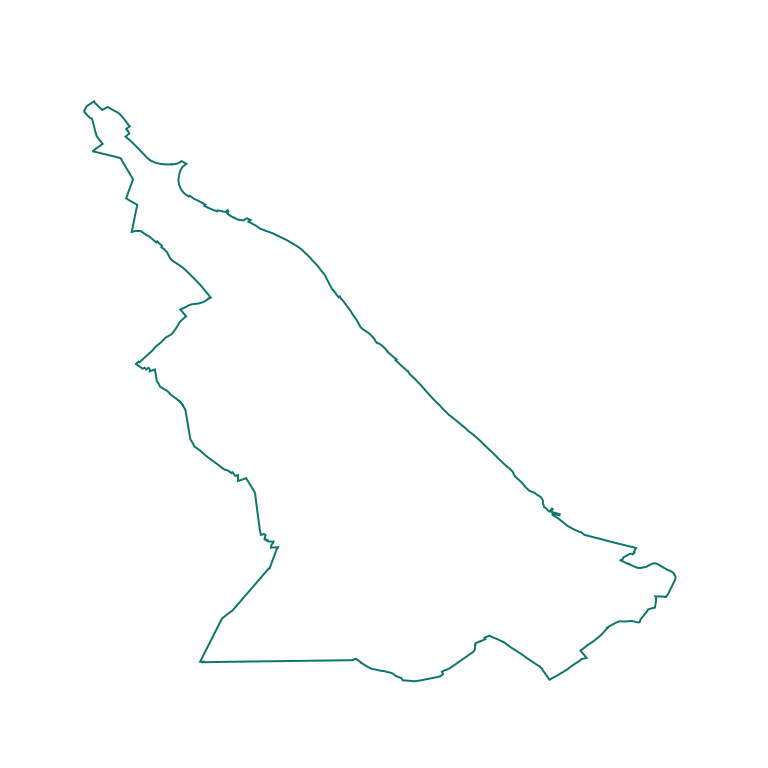 Heerlen, Limburg, Netherlands (Natural Earth projection), rotated 174°
{"feature_id": "6326949B1825961321722", "entity_name": "Heerlen", "entity_type": "district", "adm_level": 2, "iso_a3": "NLD", "parent_name": "Netherlands", "parent_adm1": "Limburg", "projection": "natural_earth1", "projection_center": [5.963, 50.878], "detail": "fine", "context": "isolated", "style": "outline", "palette": "teal", "viewbox_px": 768, "rotation_deg": 174, "n_neighbors": 0, "source": "geoboundaries", "source_scale": "gbopen_adm2", "svg_char_len": 6065}
<svg xmlns="http://www.w3.org/2000/svg" viewBox="0 0 768 768"><g transform="rotate(174 384 384)"><path d="M593.1,126.2L563.6,123.6L444.0,112.6L440.8,113.8L436.2,109.8L436.4,109.3L434.5,108.1L429.9,104.4L426.9,102.5L425.5,101.8L420.5,100.4L417.5,99.2L414.0,98.5L409.6,96.8L406.6,95.8L404.3,93.9L403.2,92.7L402.5,92.2L397.5,89.7L396.8,88.7L396.4,87.3L394.5,87.1L385.5,85.3L382.7,85.2L377.5,85.5L359.2,87.2L359.2,87.4L357.9,87.8L356.0,88.7L355.7,89.5L356.5,91.8L352.8,93.2L350.6,93.5L348.5,94.3L323.9,107.9L322.8,108.6L321.7,110.1L321.3,111.2L321.0,112.8L320.9,114.5L320.4,114.6L320.5,116.0L319.6,116.7L315.2,118.2L315.1,117.9L309.9,119.7L310.7,121.1L305.5,122.7L303.9,121.6L296.4,117.5L292.8,115.1L292.6,115.3L290.2,113.3L288.9,112.0L284.4,108.0L281.8,106.0L274.4,100.0L271.1,97.0L260.2,87.9L259.0,87.1L257.2,85.1L257.3,85.1L252.1,75.8L251.1,74.0L251.1,73.9L250.4,72.6L241.5,76.3L231.3,81.1L226.6,84.1L221.6,86.7L220.6,87.0L216.1,89.8L211.2,90.4L216.4,98.4L214.0,99.7L209.5,102.6L202.2,106.5L193.8,112.1L188.9,116.6L187.3,117.7L187.8,118.2L185.8,119.3L177.1,122.8L174.6,123.3L173.4,123.3L170.4,122.7L167.6,122.5L165.5,122.6L162.7,122.5L161.7,122.3L157.2,120.6L155.9,120.3L154.9,120.3L154.3,121.0L153.6,122.8L153.2,123.4L151.4,125.2L149.5,126.9L148.9,127.9L147.2,129.1L145.0,132.2L140.2,133.1L137.9,133.3L136.8,137.3L135.7,142.0L135.9,143.2L136.0,143.2L136.0,143.8L136.3,144.4L126.2,143.1L126.5,142.7L125.9,142.6L123.1,145.9L114.7,159.4L114.4,160.4L114.3,161.5L114.8,163.7L115.1,163.8L115.7,165.5L116.5,166.4L118.7,168.0L118.8,168.2L121.6,169.6L131.5,176.8L133.7,177.4L135.3,177.4L137.1,176.9L140.9,175.4L141.2,175.2L142.5,174.7L148.6,174.2L150.1,174.4L151.8,175.0L159.5,179.4L159.1,179.5L159.7,179.9L160.2,179.7L166.0,183.2L167.1,184.0L165.1,184.7L164.9,184.9L164.6,185.6L163.8,186.7L157.1,189.3L155.7,189.4L154.6,189.0L154.5,188.7L153.3,189.2L152.4,190.4L153.1,190.8L150.5,194.6L173.6,202.9L185.3,207.4L194.9,210.9L197.4,212.0L198.8,212.3L200.3,212.9L203.7,216.3L204.4,216.2L210.3,219.5L212.5,221.0L216.7,224.1L225.7,233.0L227.7,234.6L230.0,236.1L229.9,237.0L226.7,236.4L223.3,235.2L222.8,236.1L230.8,239.3L230.4,240.7L229.3,242.0L230.0,242.6L231.3,241.1L232.7,239.9L233.9,240.9L234.6,241.9L236.3,243.8L237.3,244.6L237.8,245.8L238.1,247.5L238.5,248.2L238.1,251.6L240.0,255.3L243.8,258.2L246.0,260.4L248.4,261.4L250.9,262.9L254.2,266.8L256.2,270.0L257.4,271.7L262.9,277.8L263.6,278.8L264.1,280.0L264.6,281.1L264.6,281.7L265.4,283.7L266.9,285.5L268.6,287.5L270.6,289.3L275.7,295.1L282.1,303.1L287.2,308.9L293.2,316.2L297.2,320.7L302.7,326.4L304.1,327.5L308.5,332.5L318.9,343.0L322.8,346.6L324.2,348.6L327.6,352.5L330.5,356.6L332.2,358.5L335.4,362.4L340.0,368.4L345.8,376.6L348.7,380.7L350.3,382.5L351.8,384.7L355.6,389.2L355.8,389.2L357.7,391.7L358.9,394.3L359.3,394.2L370.1,406.5L369.0,407.1L371.3,409.4L377.1,415.6L376.9,415.8L378.8,418.6L381.9,422.3L384.4,424.5L386.1,425.6L386.5,425.3L386.9,425.9L388.1,427.7L389.1,430.2L392.9,435.2L394.1,436.4L400.0,441.3L401.5,443.2L403.6,448.4L405.8,452.8L407.5,455.6L409.1,459.2L413.1,466.0L415.7,470.5L417.1,472.5L417.7,473.0L418.8,475.8L420.0,475.0L422.3,478.3L422.6,479.4L423.2,480.5L423.9,481.1L425.0,483.2L425.4,483.1L427.5,488.1L430.7,496.6L432.0,499.3L433.3,501.5L435.2,504.1L436.1,505.9L438.2,509.1L439.7,511.2L442.2,514.2L443.5,516.4L446.8,520.5L448.7,522.5L451.9,526.5L456.0,530.1L465.5,537.2L479.2,545.6L482.7,547.4L485.5,548.6L488.0,550.0L490.6,551.1L492.7,552.8L493.6,553.8L494.6,554.7L501.9,559.6L499.5,561.1L503.5,563.2L506.6,561.3L511.1,562.4L513.6,563.6L515.8,565.3L516.1,565.1L520.4,568.1L521.8,569.6L521.7,570.0L522.0,570.3L520.9,571.7L521.4,573.3L523.9,571.7L531.1,574.0L531.7,573.1L535.8,575.0L540.6,577.7L544.1,579.9L542.9,581.0L551.3,586.8L553.2,587.7L557.5,591.6L558.6,590.8L562.0,593.8L563.3,595.3L564.7,597.3L565.5,598.8L566.9,603.7L567.2,608.3L565.8,613.7L564.9,616.0L564.1,617.7L562.7,619.8L561.4,621.2L557.5,623.6L561.9,626.8L566.0,624.9L569.8,624.5L572.2,624.5L572.2,624.9L575.9,624.9L580.6,625.7L583.7,626.4L587.9,627.8L592.3,630.3L593.7,631.4L595.8,633.6L604.9,645.3L609.3,650.7L611.7,653.4L615.2,657.0L611.2,659.7L611.6,660.9L612.1,662.0L613.7,664.6L609.9,666.9L611.2,668.6L615.0,675.0L617.8,679.1L619.4,680.9L620.6,681.9L630.0,688.4L635.1,686.2L635.2,686.5L635.9,686.2L642.5,694.3L642.8,695.4L650.7,691.3L653.4,687.3L653.7,686.4L653.6,685.8L648.6,679.3L648.0,678.9L646.8,678.6L646.0,674.9L645.0,666.8L643.7,660.1L638.7,652.2L646.1,648.0L649.1,646.0L649.1,645.8L623.4,636.6L622.3,635.9L622.0,635.5L622.1,635.4L612.2,613.8L621.0,595.7L618.2,593.4L610.7,588.0L619.0,561.6L614.8,562.2L609.9,561.5L606.4,558.4L601.6,554.8L596.2,549.1L595.8,549.3L595.2,548.6L594.5,549.4L590.3,544.4L591.1,543.2L588.4,541.0L586.5,538.5L585.5,536.5L583.6,531.3L582.1,529.3L573.5,522.2L572.0,520.8L568.9,517.4L559.6,506.0L557.7,503.2L557.1,502.9L547.3,488.1L548.9,487.3L549.4,487.7L549.7,487.6L550.5,486.6L551.5,486.0L553.6,485.0L556.0,484.2L559.5,483.5L562.4,483.4L566.4,483.4L569.3,482.9L574.4,480.8L578.7,479.3L573.7,472.0L576.3,470.3L580.2,467.4L585.0,461.1L587.6,458.1L590.4,455.5L595.3,453.4L596.4,452.8L601.7,448.5L605.8,445.9L607.4,444.7L611.0,441.4L624.7,431.3L625.1,431.2L625.9,431.9L628.6,429.9L622.3,424.4L620.4,425.2L619.1,423.3L616.6,424.7L615.3,422.9L615.6,421.1L610.3,422.4L609.6,410.3L608.2,408.3L607.1,405.0L606.3,404.2L600.1,399.6L599.3,398.6L597.9,396.3L588.6,387.8L588.1,387.2L588.5,387.0L586.2,384.3L586.5,383.5L585.7,382.4L584.2,378.9L582.4,349.5L580.0,344.2L579.0,341.5L574.1,337.3L572.5,335.4L567.2,329.9L557.4,321.0L551.9,315.7L549.1,314.7L546.7,313.0L545.1,311.4L544.0,312.1L541.4,308.1L538.8,308.6L539.3,302.8L534.5,303.8L531.0,304.8L524.5,291.3L523.6,288.8L523.5,280.8L522.8,253.5L522.3,246.9L520.4,247.0L519.2,247.4L517.6,246.2L519.0,242.2L517.8,241.8L518.0,241.2L516.0,240.8L516.3,239.9L514.5,239.3L510.4,238.8L511.3,237.0L512.2,236.4L512.9,235.6L513.6,233.1L506.4,232.8L506.8,232.0L507.4,232.1L507.7,231.5L517.2,212.3L517.9,212.5L519.6,211.0L558.2,174.7L564.5,171.0L569.4,167.8L570.1,167.0L595.9,127.0L592.6,126.7L593.1,126.2Z" fill="none" stroke="#0f766e" stroke-width="2"/></g></svg>